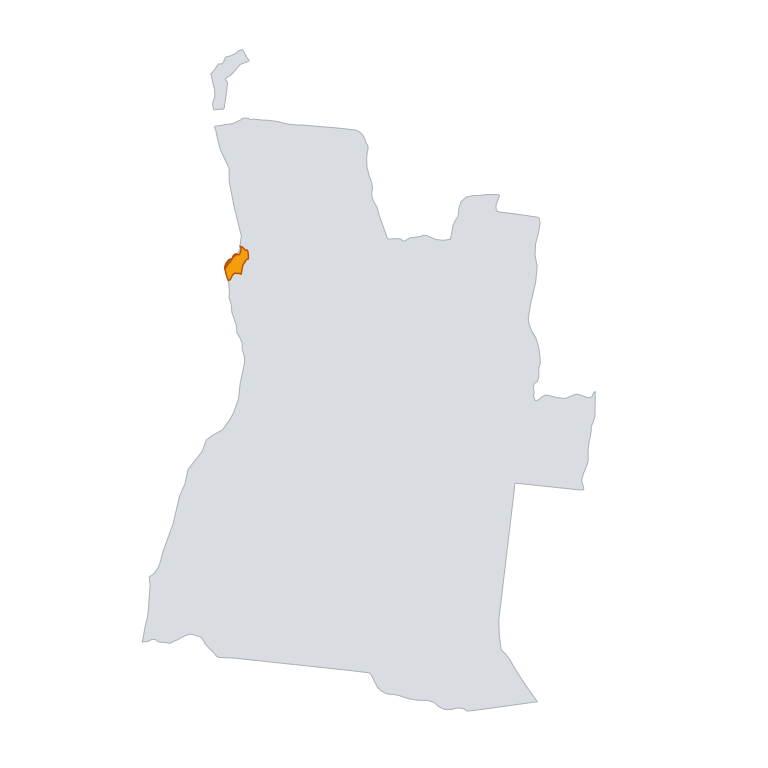 Angola, with Luanda highlighted, rotated 6°
{"feature_id": "AGO-1880", "entity_name": "Luanda", "entity_type": "Province", "adm_level": 1, "iso_a3": "AGO", "parent_name": "Angola", "parent_adm1": "", "projection": "equal_earth", "projection_center": [13.287, -8.956], "detail": "fine", "context": "in_parent", "style": "filled", "palette": "amber", "viewbox_px": 768, "rotation_deg": 6, "n_neighbors": 0, "source": "natural_earth", "source_scale": "10m", "svg_char_len": 4847}
<svg xmlns="http://www.w3.org/2000/svg" viewBox="0 0 768 768"><g transform="rotate(6 384 384)"><path d="M594.9,369.5L595.5,375.6L596.2,384.1L596.7,390.2L597.2,393.0L597.3,394.4L596.7,396.0L596.1,399.7L595.1,402.9L594.6,405.2L595.0,409.4L594.0,421.7L593.8,427.7L595.0,438.6L594.7,441.9L591.8,451.9L590.9,456.9L590.7,459.5L593.6,466.9L593.4,468.3L591.1,468.8L589.2,468.9L524.7,468.9L523.0,595.4L522.8,606.1L524.7,620.3L528.2,635.8L529.7,637.2L533.4,640.0L538.7,645.8L541.6,650.2L547.5,657.9L555.3,667.6L569.6,683.9L520.7,696.1L502.0,700.5L500.4,700.4L497.6,698.7L491.6,698.4L484.6,700.7L479.0,701.4L474.9,700.3L470.9,698.3L467.0,695.3L460.2,694.2L450.5,695.0L441.2,694.4L432.3,692.4L425.8,691.6L422.0,692.1L417.8,691.4L413.4,689.7L409.7,686.8L405.4,680.7L401.9,674.8L401.0,674.0L399.9,673.1L398.9,672.8L379.6,672.5L262.3,672.3L248.7,673.2L247.7,673.0L246.0,672.3L244.8,671.0L241.0,667.7L237.6,665.1L233.1,660.9L230.1,656.2L227.6,654.7L223.2,653.9L219.9,653.1L217.3,652.9L212.5,655.1L209.0,657.3L206.4,659.4L202.0,661.8L198.3,664.2L191.8,663.9L190.4,664.2L186.8,664.1L183.4,662.0L180.0,662.2L176.1,664.8L170.7,665.9L171.9,648.4L173.2,640.7L173.2,631.5L172.4,607.5L171.4,604.3L170.8,600.4L174.1,597.5L175.9,595.2L178.2,591.2L179.9,585.7L181.8,573.4L188.9,545.0L192.3,517.2L196.5,504.0L198.1,489.3L210.2,470.2L213.1,458.4L219.3,452.6L228.1,446.5L234.4,435.6L237.5,428.0L240.9,413.5L240.9,398.3L243.1,378.0L242.6,372.2L239.3,364.1L238.7,358.3L235.7,352.7L232.4,348.4L230.9,340.7L225.2,328.6L223.7,320.5L220.9,314.7L220.5,307.6L219.1,300.0L216.3,292.6L213.6,284.0L213.6,281.3L215.3,278.1L216.9,277.1L216.3,278.7L215.3,280.6L215.5,282.1L226.1,267.1L226.8,264.1L226.5,260.9L226.4,256.8L226.8,252.2L216.8,224.5L208.8,198.7L207.4,185.6L196.9,168.5L192.7,157.3L190.3,149.5L188.5,146.5L189.2,145.1L191.9,144.7L198.0,142.9L206.3,140.9L213.9,136.3L216.0,134.3L220.0,133.9L224.2,135.1L225.7,134.3L226.6,134.2L236.3,134.2L240.3,133.9L247.8,134.0L252.6,134.3L255.2,134.9L262.5,135.6L271.6,135.5L274.8,135.0L286.7,134.8L309.0,134.3L320.6,134.3L329.5,134.4L333.6,136.0L337.3,139.1L339.0,141.9L339.8,143.1L340.9,146.1L342.9,148.4L343.6,152.1L343.0,157.0L343.3,162.9L344.4,169.8L346.9,177.1L350.6,184.7L352.2,190.7L351.7,195.2L352.8,199.9L355.5,204.9L357.5,207.5L358.7,209.5L361.8,217.1L371.9,238.4L373.4,239.4L375.7,239.1L380.4,238.2L385.1,238.0L388.4,239.9L389.7,239.5L394.8,235.9L399.8,234.8L405.0,233.3L407.8,231.8L410.9,231.8L419.5,234.7L421.1,234.9L428.0,234.9L434.9,233.2L436.0,221.0L436.1,218.6L437.8,214.0L439.9,210.0L440.2,206.2L440.1,200.9L441.6,194.6L446.3,189.5L453.8,187.1L458.1,186.7L464.8,185.2L475.0,183.8L478.8,184.0L479.1,184.7L476.9,193.5L476.8,196.4L477.6,199.3L479.3,200.8L499.7,201.2L519.3,202.1L520.3,202.6L521.2,203.2L522.4,207.6L522.0,216.1L520.1,228.5L520.7,240.1L524.0,250.8L524.2,267.4L521.3,289.7L520.6,303.8L522.1,309.6L525.2,315.8L530.1,322.2L533.8,330.6L536.3,340.8L537.3,347.2L536.5,349.9L536.5,354.5L537.3,361.0L536.3,365.4L533.6,367.5L532.7,370.4L534.0,376.1L534.2,381.2L536.0,384.6L537.3,384.8L540.0,382.9L543.3,379.5L545.9,378.1L549.6,378.3L554.7,379.2L563.8,379.6L566.6,379.0L575.1,374.4L577.3,374.0L580.7,374.5L585.4,375.8L590.2,376.1L592.5,374.7L592.8,372.8L593.5,370.4L594.9,369.5ZM216.1,76.3L215.6,77.1L211.7,79.2L207.6,81.2L202.2,89.1L199.5,92.6L198.7,93.4L196.2,95.3L194.4,96.9L194.5,97.8L195.7,98.9L196.9,100.6L196.8,113.6L196.2,126.4L195.6,127.4L192.1,127.9L187.5,128.8L186.1,129.3L185.6,128.1L184.1,123.4L184.9,119.0L185.8,115.6L184.8,108.9L182.5,102.9L180.0,95.2L179.2,93.8L181.3,91.3L184.4,85.9L185.7,83.1L189.4,82.5L190.7,80.6L191.7,77.4L192.0,75.6L196.1,74.1L201.0,71.5L203.8,68.6L206.5,66.7L208.3,66.6L209.4,67.4L212.6,72.4L215.3,75.6L216.1,76.3Z" fill="#d9dde1" stroke="#a8b0b8" stroke-width="1"/><path d="M218.6,297.3L217.8,296.5L215.2,290.6L214.2,287.5L213.5,286.2L213.4,283.5L214.7,279.9L216.6,276.7L218.4,275.7L217.6,277.2L215.1,280.0L213.9,283.9L213.6,285.1L214.1,285.7L214.4,285.3L216.4,280.9L216.5,280.4L216.7,279.9L217.1,279.7L217.6,279.7L217.9,279.6L218.4,279.0L218.8,277.4L219.2,276.5L220.1,275.3L220.3,274.7L220.3,274.2L220.3,273.1L220.4,272.7L221.4,271.1L222.1,270.5L222.7,270.3L220.9,272.6L220.5,273.5L221.0,273.1L222.2,272.4L222.8,271.8L223.1,271.7L223.3,271.6L223.4,271.0L223.4,270.7L223.5,270.5L223.6,270.3L223.9,270.3L226.0,270.7L226.9,270.3L227.3,267.9L227.9,266.1L228.0,265.4L227.8,264.7L226.8,262.8L226.6,262.1L228.6,262.5L229.2,262.9L230.0,263.5L231.7,265.2L232.1,265.3L232.6,265.3L233.3,265.0L234.0,265.3L234.6,266.1L235.1,267.4L235.7,270.4L236.0,272.6L235.8,274.0L234.9,274.4L234.2,274.8L233.5,275.6L232.5,278.1L231.2,280.4L230.5,288.8L230.2,289.8L228.7,289.2L227.9,289.1L227.5,289.2L227.0,289.4L226.2,289.5L224.9,289.3L224.3,289.3L223.4,289.9L222.2,291.3L221.4,293.0L220.8,294.8L220.1,296.3L219.8,296.6L218.6,297.3L218.6,297.3Z" fill="#f59e0b" stroke="#b45309" stroke-width="1.5"/></g></svg>